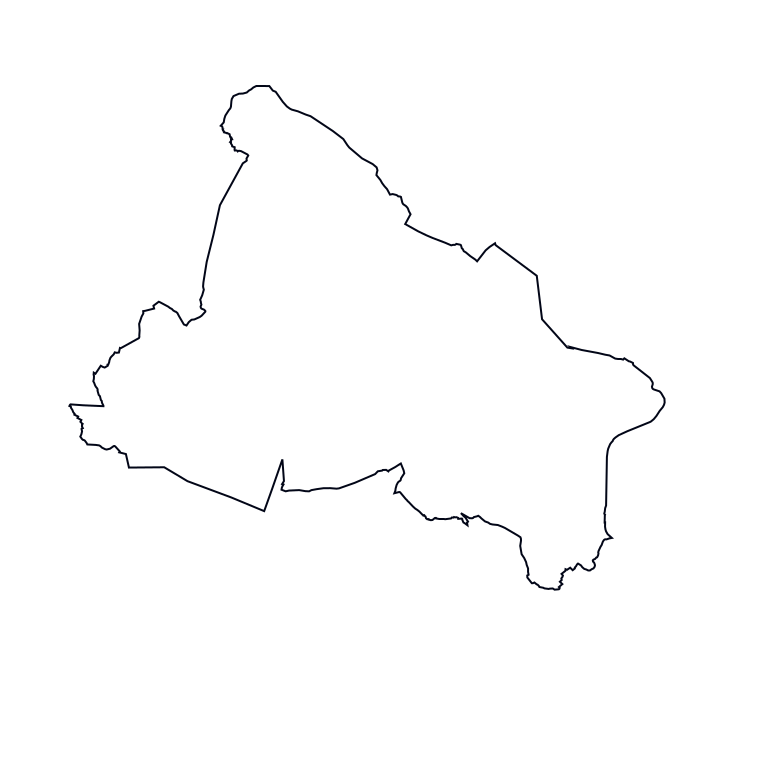 outline of Ecuandureo, Michoacán, Mexico, rotated 210°
{"feature_id": "50627088B9603081712200", "entity_name": "Ecuandureo", "entity_type": "district", "adm_level": 2, "iso_a3": "MEX", "parent_name": "Mexico", "parent_adm1": "Michoacán", "projection": "albers", "projection_center": [-102.25, 20.161], "detail": "fine", "context": "isolated", "style": "outline", "palette": "ink", "viewbox_px": 768, "rotation_deg": 210, "n_neighbors": 0, "source": "geoboundaries", "source_scale": "gbopen_adm2", "svg_char_len": 6166}
<svg xmlns="http://www.w3.org/2000/svg" viewBox="0 0 768 768"><g transform="rotate(210 384 384)"><path d="M632.3,584.7L643.6,578.2L645.4,575.5L646.4,572.7L647.6,570.8L648.6,567.8L651.4,565.0L654.7,562.9L658.3,558.1L658.3,554.7L657.6,552.7L655.2,547.6L654.9,545.8L655.3,543.7L655.6,537.2L654.9,533.9L653.6,530.4L654.5,526.0L652.9,526.1L652.1,525.4L651.1,523.9L650.8,524.0L650.8,523.6L649.9,522.9L648.9,522.8L648.2,522.4L648.2,522.0L646.4,522.5L645.4,522.6L645.3,522.9L642.6,523.1L641.0,521.3L640.2,520.8L639.6,521.2L637.9,520.0L638.8,519.3L638.0,518.1L638.2,516.6L637.3,516.7L636.9,515.8L635.1,514.9L634.3,513.9L631.7,514.4L630.5,512.1L630.0,511.6L628.6,512.5L627.8,512.6L627.0,512.3L626.9,512.7L626.2,513.5L624.2,514.2L617.0,514.5L615.8,514.0L615.8,510.5L614.6,508.9L614.9,508.0L616.6,504.5L615.5,456.8L606.3,427.9L598.6,401.1L591.2,381.7L589.5,378.1L588.8,377.2L587.2,375.6L585.8,369.9L585.3,365.0L583.9,363.8L583.0,362.6L581.8,361.4L581.6,359.4L580.7,358.4L579.7,358.0L577.2,358.4L576.1,358.2L575.1,357.8L574.9,357.2L576.1,351.9L577.1,349.8L580.5,345.1L582.8,343.4L584.0,340.0L584.3,335.9L587.1,335.5L595.5,340.3L598.5,342.2L600.5,342.5L601.1,342.3L603.2,342.3L605.2,342.9L607.5,342.8L609.4,343.1L618.9,342.8L620.2,342.6L622.8,336.5L620.8,334.4L627.5,327.9L629.0,326.7L627.7,324.8L627.6,321.2L626.1,313.6L622.4,308.2L620.2,303.7L619.4,302.5L619.2,301.2L629.7,283.7L630.1,283.3L630.7,283.2L629.3,278.7L631.2,277.3L633.0,276.8L632.9,274.5L633.8,271.3L634.0,269.9L633.6,267.3L632.9,265.4L632.5,262.9L633.0,262.5L632.6,262.1L632.4,261.6L634.1,258.6L636.0,258.2L638.4,258.2L639.0,248.6L641.0,248.7L640.1,246.8L639.2,246.0L637.8,243.3L637.1,241.0L635.6,240.1L633.7,238.5L632.3,237.6L630.0,236.7L628.9,235.6L628.8,235.0L625.6,231.9L623.9,231.4L621.2,228.6L620.0,228.2L618.8,226.7L616.2,225.0L615.9,224.5L633.8,215.2L645.3,209.6L645.5,209.0L645.5,208.0L645.4,207.6L644.0,207.9L642.9,206.7L641.0,205.8L639.0,204.2L636.9,203.4L636.8,202.6L632.6,202.9L632.5,201.3L628.1,201.5L628.0,199.5L626.6,199.2L625.6,198.5L625.1,198.7L624.9,198.0L625.1,197.6L624.3,196.2L622.8,195.2L623.4,194.6L623.5,193.9L621.8,192.0L620.9,189.0L620.7,186.6L617.9,185.3L616.8,185.1L616.0,185.4L614.8,185.4L612.0,184.2L610.7,183.3L603.2,187.1L600.0,188.4L598.5,188.4L596.5,187.9L592.9,188.1L591.4,188.6L588.9,191.0L587.1,195.0L586.3,195.6L585.3,195.5L579.1,193.5L579.1,192.4L572.5,194.3L563.1,184.1L532.7,202.0L505.6,201.6L459.4,209.4L424.2,214.0L428.5,237.6L434.3,267.9L422.1,249.9L422.2,246.4L420.8,246.7L420.8,245.8L421.0,245.8L420.6,243.1L419.9,241.2L415.5,241.9L413.0,244.2L404.4,249.7L398.5,251.9L395.2,253.6L393.8,255.8L389.8,259.2L384.3,263.5L378.5,266.9L372.8,269.6L370.8,271.1L359.9,283.8L346.6,301.6L345.7,305.3L342.3,308.1L342.1,308.9L339.2,310.7L336.5,310.5L336.5,311.5L332.8,317.6L329.7,323.6L323.8,319.0L321.8,316.8L322.1,311.0L321.5,308.9L321.6,308.4L322.5,306.6L322.7,305.6L322.6,302.9L321.7,299.4L320.8,297.2L320.4,294.6L316.8,298.1L315.9,298.3L307.5,295.2L306.4,295.0L304.7,294.3L304.1,294.3L297.7,292.4L294.6,291.7L292.2,291.6L289.5,291.2L285.3,290.0L284.8,290.1L284.1,289.7L283.5,290.5L282.5,290.0L281.8,290.0L280.4,288.7L278.9,288.5L278.3,289.1L277.7,289.3L277.4,288.9L275.3,289.5L274.0,290.5L273.0,293.3L272.1,294.0L271.7,294.0L271.7,293.6L268.7,294.7L264.7,297.0L263.4,297.5L258.7,301.1L258.5,302.3L257.1,303.0L256.9,303.8L255.8,304.0L254.6,304.9L252.9,305.1L252.3,304.3L249.3,306.4L248.7,306.2L248.4,305.6L246.0,303.8L244.4,303.8L241.1,303.4L242.8,305.5L242.4,306.8L246.6,309.0L248.9,309.4L252.8,310.6L242.8,310.6L240.5,311.8L239.8,312.7L239.6,313.7L237.4,315.8L236.5,317.0L234.3,316.8L232.5,316.3L227.8,315.5L224.5,316.1L222.2,315.9L219.8,316.6L214.9,318.8L210.4,319.5L207.3,319.8L192.4,319.7L189.2,319.5L188.0,318.4L187.0,316.8L185.1,311.9L179.7,305.4L175.6,303.4L171.9,300.8L170.0,298.7L167.0,296.3L165.3,293.3L163.4,291.1L164.2,289.8L163.1,288.1L156.4,285.4L155.4,286.0L154.5,287.3L151.5,286.8L150.7,287.0L149.1,286.6L147.9,285.9L144.1,287.2L142.9,287.2L138.8,288.9L138.2,289.6L135.6,291.3L133.4,291.2L130.0,293.6L129.7,294.3L129.9,295.3L131.0,295.6L129.5,299.9L132.8,300.7L132.1,303.1L133.2,304.3L133.0,306.2L133.3,307.6L135.3,308.3L133.5,312.9L134.2,314.4L132.6,314.6L130.9,318.0L127.5,317.1L126.5,319.7L127.0,320.5L126.6,321.9L126.6,324.4L126.2,325.5L122.7,325.4L120.7,324.5L118.1,324.0L116.0,324.5L113.9,324.6L112.4,325.5L111.5,327.5L110.4,329.0L110.2,330.7L110.5,332.2L111.1,333.0L111.9,333.7L112.8,334.4L114.2,334.7L115.0,335.7L114.8,336.6L113.7,338.1L113.4,339.8L112.8,340.5L112.9,342.6L113.6,344.6L114.3,345.3L114.7,346.8L115.1,351.3L115.0,353.3L115.6,356.6L115.6,358.0L115.4,359.2L114.9,360.0L113.6,360.7L111.7,362.9L109.7,364.6L115.3,365.8L118.0,367.4L119.4,368.7L121.2,370.9L123.3,374.7L123.7,374.4L127.2,380.9L127.2,381.3L128.2,381.7L128.5,382.0L128.9,383.6L130.4,387.1L130.9,389.8L154.5,432.3L156.8,437.8L157.5,440.1L158.1,445.0L157.8,447.4L157.4,448.8L157.6,449.7L157.5,451.3L156.8,453.4L155.1,457.1L149.7,464.7L134.7,484.0L134.1,484.9L132.8,488.4L132.1,492.5L131.8,498.6L131.0,503.3L131.1,506.0L131.7,508.3L133.8,511.5L139.4,514.7L141.7,515.4L147.6,514.2L148.8,514.2L149.5,514.5L150.6,515.6L151.1,518.0L151.8,519.3L152.7,520.0L156.7,522.1L177.3,525.0L178.1,525.5L178.9,526.7L182.2,526.5L183.3,526.1L188.7,526.4L189.1,524.7L191.4,524.1L194.0,522.6L196.5,521.6L202.9,521.5L207.0,520.0L214.0,517.9L229.8,512.3L241.2,509.2L239.4,508.7L243.4,507.2L279.5,519.1L305.8,554.1L356.8,560.1L358.2,561.4L361.1,555.4L362.8,550.6L364.7,536.8L367.1,537.4L373.3,537.9L379.0,538.9L381.3,538.9L383.4,540.3L384.4,540.4L386.8,542.7L387.8,542.7L391.4,541.5L391.4,541.2L392.2,539.9L393.7,539.1L395.1,537.7L401.8,536.9L414.8,534.8L421.5,534.0L430.8,533.3L445.6,533.1L445.9,544.3L448.7,546.0L451.0,547.9L452.1,548.5L454.1,549.1L457.2,549.3L458.7,550.1L462.9,554.5L463.8,554.4L465.5,553.6L466.7,553.9L468.1,553.8L471.5,552.8L473.5,551.0L478.8,554.3L482.5,555.5L486.0,557.0L489.2,558.9L495.0,561.1L495.8,563.2L496.5,565.8L498.7,567.9L503.8,568.8L515.8,568.4L532.3,571.4L535.1,572.5L541.7,575.8L554.8,577.5L581.5,579.2L586.5,578.2L594.9,577.1L601.1,575.5L603.3,575.4L606.9,575.8L612.6,577.7L623.9,582.9L627.0,582.5L632.3,584.7Z" fill="none" stroke="#020617" stroke-width="2"/></g></svg>